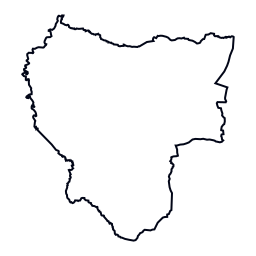 Waeng Noi, Khon Kaen, Thailand
{"feature_id": "78962969B33774110374884", "entity_name": "Waeng Noi", "entity_type": "district", "adm_level": 2, "iso_a3": "THA", "parent_name": "Thailand", "parent_adm1": "Khon Kaen", "projection": "mercator", "projection_center": [102.401, 15.798], "detail": "fine", "context": "isolated", "style": "outline", "palette": "ink", "viewbox_px": 256, "rotation_deg": 0, "n_neighbors": 0, "source": "geoboundaries", "source_scale": "gbopen_adm2", "svg_char_len": 5608}
<svg xmlns="http://www.w3.org/2000/svg" viewBox="0 0 256 256"><path d="M167.2,216.9L167.2,214.5L168.9,214.0L170.2,210.9L171.4,210.1L172.0,193.1L170.6,190.4L169.6,187.2L168.8,181.2L169.7,178.9L168.9,176.7L169.5,174.7L170.5,173.7L171.5,171.4L171.5,169.3L172.6,167.8L172.6,167.1L173.4,166.5L173.5,164.8L172.6,163.8L171.2,163.2L171.5,162.4L170.2,161.2L171.2,159.8L171.5,157.9L171.3,157.4L171.9,157.2L172.0,156.9L173.6,156.4L176.5,156.2L177.9,155.7L177.2,152.6L177.1,149.4L175.7,145.5L177.1,145.5L180.1,144.6L183.5,144.3L186.4,143.4L188.9,142.4L192.5,139.5L195.4,138.9L200.4,139.2L203.2,138.8L207.0,139.7L209.6,139.5L213.5,140.3L214.8,140.7L215.6,141.4L219.9,142.3L221.8,141.8L223.2,140.4L222.1,139.6L221.7,137.1L221.1,135.9L220.5,135.6L221.2,135.7L221.6,134.5L223.5,134.2L223.1,130.6L221.2,130.2L221.2,129.6L221.7,126.8L223.4,124.6L224.2,124.2L224.8,121.5L224.7,118.1L223.8,117.5L222.1,115.5L222.4,113.4L221.3,110.2L221.0,108.3L218.3,107.8L217.4,105.7L216.8,103.2L217.5,102.1L225.7,102.3L226.2,101.3L225.1,99.0L225.1,97.6L226.6,89.7L227.4,87.4L215.4,83.3L224.3,71.5L227.1,65.7L228.5,61.8L230.1,55.4L232.9,48.5L233.7,37.0L232.8,36.4L231.6,36.3L230.2,37.3L229.5,36.7L229.0,36.9L228.5,36.7L228.1,37.0L226.9,37.0L226.6,37.7L225.7,37.6L225.5,37.0L223.4,38.0L222.9,37.7L221.3,37.9L219.3,37.3L218.6,36.4L218.3,36.7L217.6,36.6L217.3,36.1L215.0,36.2L214.1,35.4L214.1,33.8L210.7,33.2L208.5,34.5L205.7,34.8L204.2,39.0L202.8,39.2L200.8,41.2L200.2,42.6L198.9,43.2L197.0,43.5L195.0,42.0L192.5,40.7L188.9,40.0L188.1,39.3L188.1,38.9L184.5,38.6L184.0,37.7L181.4,38.5L179.5,38.2L177.5,38.4L174.9,40.0L171.7,40.4L170.4,39.9L168.2,37.7L166.3,36.8L162.4,35.8L160.5,35.7L158.2,36.1L157.7,35.9L156.2,38.1L154.1,37.2L153.2,38.2L152.9,40.1L153.5,41.0L146.9,42.0L139.4,46.4L138.7,46.3L137.4,47.0L133.8,46.7L132.1,46.9L129.8,46.2L127.8,46.3L125.3,45.5L124.5,44.8L123.7,44.6L123.6,45.9L121.1,46.0L120.0,46.3L118.5,46.0L117.8,44.8L113.7,44.4L113.3,43.8L111.5,43.2L111.3,42.7L110.5,42.8L109.2,42.3L108.3,42.5L108.1,41.7L107.0,41.2L106.5,41.4L106.3,40.9L105.7,40.5L103.9,40.3L102.3,39.4L101.1,39.1L100.6,37.6L100.2,37.3L100.2,35.3L99.5,34.7L98.4,34.5L98.1,33.8L97.3,34.2L96.3,34.2L95.7,34.8L95.4,34.4L94.0,34.5L93.1,33.9L91.9,33.8L90.4,32.7L90.2,32.1L89.7,32.1L89.6,31.6L89.0,31.5L89.0,30.9L88.6,30.5L87.3,30.6L85.6,31.2L85.4,30.1L83.6,29.9L83.0,28.5L78.9,28.9L76.4,28.5L75.9,29.1L75.3,29.2L74.4,29.1L74.1,28.4L72.9,28.6L71.9,28.1L71.5,28.3L70.5,28.0L69.0,27.0L68.8,25.7L68.2,24.9L67.5,24.8L66.7,25.3L64.7,24.7L63.6,23.9L61.0,22.9L60.9,21.5L61.6,18.8L61.9,18.9L61.9,18.3L62.4,17.4L62.6,16.4L63.2,16.4L63.5,15.5L62.0,15.4L61.5,16.1L60.5,16.4L59.2,15.8L58.6,15.8L57.9,16.8L57.4,18.3L57.3,19.6L57.8,20.5L57.7,21.1L55.8,24.0L55.5,25.9L54.1,28.5L52.2,29.9L50.2,29.4L48.7,30.2L48.7,30.9L49.9,31.0L50.6,32.0L51.0,34.4L51.5,36.1L50.2,37.1L47.4,37.2L46.6,37.4L46.0,38.1L44.6,41.2L44.5,42.5L45.1,43.8L46.3,44.2L46.1,44.9L44.6,46.3L43.9,47.3L43.2,47.6L38.7,47.2L37.2,47.6L34.9,48.8L32.9,48.7L32.5,49.6L32.9,51.4L33.4,52.3L33.0,53.1L32.6,53.2L31.3,52.8L30.1,52.9L28.9,52.7L27.3,54.0L27.2,55.2L28.2,58.8L27.9,59.5L26.7,60.3L26.6,60.8L29.1,63.1L29.1,63.5L27.6,64.5L25.3,65.3L25.1,66.1L26.1,67.1L26.1,67.7L25.8,68.1L24.1,69.0L24.0,69.6L24.3,70.6L25.6,70.9L27.6,72.0L27.8,73.3L27.1,74.2L26.2,74.2L26.0,72.5L25.5,71.8L25.1,71.7L23.9,73.3L22.6,73.7L22.3,74.4L23.9,76.1L25.9,76.5L25.8,79.8L26.1,80.1L26.9,80.2L28.0,79.1L28.7,79.2L29.0,80.4L28.8,81.8L29.0,84.8L31.2,88.2L31.0,89.8L31.7,91.8L31.6,94.2L30.2,94.3L29.0,94.7L26.6,96.5L26.3,97.3L26.9,97.9L28.3,98.1L29.2,96.3L29.8,96.1L30.5,98.3L32.2,100.3L33.4,102.4L33.1,103.9L33.7,105.4L33.6,106.0L34.3,106.8L34.1,107.0L33.5,106.9L32.7,105.7L32.1,105.5L31.7,106.3L31.6,108.2L32.1,108.9L32.9,109.2L34.0,110.2L35.3,111.8L36.0,113.6L36.3,115.8L36.0,116.1L35.6,116.2L34.6,115.3L34.0,115.3L33.6,115.6L33.1,116.8L33.3,117.8L35.3,120.9L34.9,122.0L34.4,126.5L34.6,126.9L35.1,127.2L36.0,126.9L36.1,127.4L36.8,128.1L36.8,128.5L36.3,128.7L36.6,128.9L36.5,129.2L37.7,128.9L37.7,130.2L51.7,144.5L56.0,149.9L58.5,150.9L58.8,151.8L58.4,153.3L60.3,154.8L61.9,155.3L62.0,156.3L62.7,156.8L63.7,156.2L64.2,156.7L64.7,156.8L65.3,157.5L65.3,158.9L65.8,159.2L65.6,159.6L65.9,160.6L66.4,160.3L67.1,160.7L68.1,160.1L69.1,160.5L69.8,160.1L70.2,160.9L71.1,160.5L71.5,161.0L72.4,161.4L72.1,162.4L72.8,162.8L72.6,163.7L73.1,164.0L73.3,165.1L71.8,165.6L72.0,166.3L72.5,166.7L72.6,168.4L72.9,168.5L71.7,169.8L69.8,170.1L69.3,169.8L68.8,170.0L70.7,174.4L70.1,174.9L70.0,176.1L70.6,176.9L70.7,177.7L69.5,178.9L69.9,179.3L69.4,181.6L68.6,182.1L68.2,183.0L67.3,183.6L67.8,185.1L67.2,185.6L67.2,187.5L65.9,191.0L66.2,193.7L67.0,195.0L67.1,196.9L67.5,198.1L69.2,199.6L69.8,201.6L70.5,202.4L71.4,202.1L72.4,203.1L73.5,202.8L74.7,201.5L75.1,200.4L77.4,200.5L78.1,201.0L78.6,200.6L80.1,200.5L81.4,198.2L82.4,197.9L84.4,198.0L84.5,199.1L85.7,200.2L88.4,200.6L88.4,201.9L88.8,202.4L91.0,203.1L90.9,203.8L91.8,204.8L92.3,205.8L94.5,206.1L96.1,207.0L97.3,206.9L97.5,207.2L97.3,208.1L97.9,209.5L98.6,210.8L99.3,210.8L99.4,211.7L100.6,212.2L101.4,215.1L102.1,215.6L103.6,215.5L104.0,215.9L104.1,216.8L107.2,220.4L107.3,220.9L107.8,221.2L108.5,221.2L109.6,223.7L110.3,223.6L110.6,223.0L112.0,223.9L112.1,225.6L112.9,227.0L112.6,227.6L113.1,228.4L113.1,229.5L114.6,230.9L114.9,233.7L115.8,234.8L116.8,234.5L117.7,235.0L118.2,235.3L118.4,236.4L120.2,236.8L120.6,237.5L121.8,237.6L125.0,238.9L129.1,239.8L133.6,240.6L135.6,240.1L137.5,237.8L137.9,236.0L139.4,234.4L139.9,233.3L142.2,232.3L142.9,231.7L143.4,230.7L144.7,229.8L150.5,230.4L152.4,229.6L154.4,229.4L157.7,222.7L162.8,217.6L164.8,217.0L167.2,216.9Z" fill="none" stroke="#020617" stroke-width="2"/></svg>